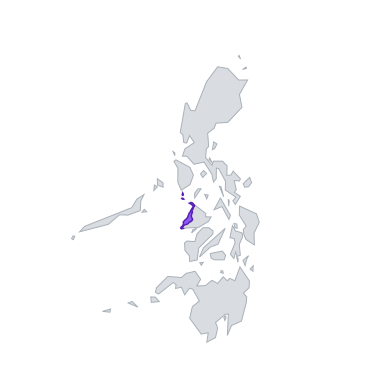 where Antique sits in Philippines, rotated 22°
{"feature_id": "PHL-2526", "entity_name": "Antique", "entity_type": "Province", "adm_level": 1, "iso_a3": "PHL", "parent_name": "Philippines", "parent_adm1": "", "projection": "mercator", "projection_center": [121.948, 11.272], "detail": "fine", "context": "in_parent", "style": "filled", "palette": "violet", "viewbox_px": 384, "rotation_deg": 22, "n_neighbors": 0, "source": "natural_earth", "source_scale": "10m", "svg_char_len": 5613}
<svg xmlns="http://www.w3.org/2000/svg" viewBox="0 0 384 384"><g transform="rotate(22 192 192)"><path d="M178.8,64.1L193.4,70.7L201.6,67.3L199.4,83.7L206.6,94.8L199.1,114.0L188.5,119.2L188.7,124.5L184.5,131.6L190.4,143.5L189.1,146.7L191.8,155.0L200.6,159.8L200.3,155.4L208.7,152.0L214.7,154.6L218.0,163.5L221.8,161.7L222.3,157.2L232.0,161.7L231.8,164.0L226.8,165.6L232.1,173.2L231.4,176.4L238.4,177.9L236.8,187.3L233.2,184.8L234.6,180.3L222.1,177.7L219.2,169.7L208.1,160.3L205.6,160.7L209.5,170.6L208.2,174.7L203.8,168.1L192.0,159.7L183.5,165.5L173.7,160.7L169.7,162.4L169.3,154.6L175.6,145.4L168.6,140.6L168.7,148.6L165.8,149.2L162.1,142.4L158.8,141.2L152.7,112.6L153.9,111.2L160.3,116.8L164.4,115.6L164.2,84.3L168.9,66.3L178.8,64.1ZM264.5,243.5L278.6,253.0L280.8,259.4L277.6,266.5L282.0,268.7L283.8,274.3L286.2,293.2L278.6,301.0L278.5,311.7L271.4,291.5L268.7,292.9L262.7,304.2L266.8,308.6L268.3,318.2L262.0,325.7L259.8,316.5L253.8,320.3L237.1,309.9L235.3,298.2L239.7,290.3L229.1,281.9L225.7,282.1L223.7,290.0L217.9,284.2L212.9,287.6L211.9,283.8L208.5,283.0L199.2,299.1L195.7,298.7L194.9,294.2L201.2,279.4L214.3,275.2L217.0,269.7L224.5,264.4L232.7,269.7L231.7,277.3L239.5,273.8L243.6,266.4L250.0,267.2L252.7,259.0L258.0,261.1L259.3,258.0L265.0,258.2L264.5,243.5ZM222.3,253.1L215.9,257.3L213.4,252.1L207.4,248.9L204.2,242.1L205.6,239.4L213.2,236.9L212.4,228.6L215.7,220.9L221.0,218.8L226.0,220.2L227.1,223.1L219.2,241.3L222.3,253.1ZM259.9,188.1L265.7,194.8L264.9,206.8L269.6,217.7L259.8,215.8L255.9,211.9L253.6,207.5L255.1,203.4L244.4,195.6L241.4,187.2L259.9,188.1ZM194.8,201.6L212.8,206.8L213.9,209.9L219.1,208.0L218.4,212.9L211.5,222.2L195.5,229.8L198.4,205.8L194.8,201.6ZM126.5,253.4L102.7,271.0L105.2,264.2L142.0,229.1L143.6,219.2L148.4,212.4L147.9,219.6L151.0,228.6L141.3,237.4L133.3,240.3L126.5,253.4ZM165.1,168.2L180.8,169.9L187.0,175.9L187.4,185.9L181.4,194.3L175.3,188.4L170.0,175.2L163.8,170.3L165.1,168.2ZM246.9,211.8L253.8,211.2L255.7,214.4L255.5,223.0L260.5,232.5L258.0,234.8L255.0,231.3L255.7,238.0L250.9,235.3L251.0,223.0L248.6,219.4L244.3,220.2L242.1,208.0L246.9,211.8ZM223.3,249.6L223.6,239.3L236.4,213.2L235.7,230.6L229.7,236.1L223.3,249.6ZM247.3,242.8L238.0,246.6L234.4,246.1L232.0,242.2L242.2,235.4L246.9,238.1L247.3,242.8ZM220.6,187.0L236.4,199.3L236.5,203.6L225.3,194.3L219.1,200.2L220.6,187.0ZM242.5,165.8L239.1,167.9L236.4,165.2L240.0,156.8L243.8,161.0L242.5,165.8ZM202.7,305.9L195.6,309.6L193.1,304.7L197.5,303.2L202.7,305.9ZM154.9,192.7L161.7,194.3L163.4,198.4L157.4,198.5L154.9,192.7ZM194.7,167.7L198.6,169.3L196.5,174.5L193.1,172.0L194.7,167.7ZM177.5,315.9L184.9,319.0L174.4,318.8L177.5,315.9ZM268.8,240.3L264.9,236.3L268.3,229.8L267.9,233.7L268.8,240.3ZM199.2,185.6L196.7,196.5L194.9,192.0L196.4,186.7L199.2,185.6ZM160.4,331.0L160.9,334.2L153.7,336.2L160.4,331.0ZM197.1,138.1L196.8,143.0L195.1,145.1L193.3,137.4L197.1,138.1ZM210.2,223.9L207.0,230.1L206.9,226.5L210.2,223.9ZM157.9,200.3L156.1,204.9L154.5,199.6L157.9,200.3ZM247.5,208.8L245.1,209.0L242.7,205.4L245.6,204.9L247.5,208.8ZM208.2,188.8L208.2,192.9L204.7,189.5L208.2,188.8ZM278.2,242.6L274.7,241.8L276.3,237.4L278.2,242.6ZM216.9,176.3L223.2,184.6L215.2,176.4L216.9,176.3ZM157.4,227.3L153.1,229.5L154.3,225.9L157.4,227.3ZM228.8,253.0L228.1,256.4L225.7,254.7L228.8,253.0ZM229.9,186.4L231.3,191.3L228.2,185.1L229.9,186.4ZM99.9,280.6L97.8,280.4L98.2,277.3L99.9,276.9L99.9,280.6ZM251.4,255.7L248.7,255.9L248.4,254.0L250.1,253.7L251.4,255.7ZM270.6,298.8L268.6,296.6L269.2,294.4L270.6,295.5L270.6,298.8ZM161.3,162.0L162.5,164.8L159.2,161.6L161.3,162.0ZM259.7,236.3L260.9,240.0L257.8,235.5L259.7,236.3ZM196.2,57.0L193.0,59.4L195.3,55.9L196.2,57.0ZM199.8,157.4L195.5,155.3L195.6,153.8L199.8,157.4ZM184.5,47.8L187.2,50.5L184.1,48.7L184.5,47.8Z" fill="#d9dde1" stroke="#a8b0b8" stroke-width="1"/><path d="M197.1,229.4L196.7,229.7L196.1,230.0L195.4,230.0L195.0,229.3L195.1,228.5L195.9,227.0L196.1,226.2L196.1,225.7L196.0,224.5L195.8,224.2L195.3,223.6L195.2,223.2L195.2,222.8L195.5,222.2L195.6,221.6L196.0,220.6L197.3,218.3L197.4,217.4L197.4,214.0L197.4,213.6L197.3,213.1L197.2,212.7L197.4,212.3L197.6,211.9L197.7,211.5L197.8,209.1L198.0,208.9L198.5,205.5L198.4,204.8L198.1,204.2L197.6,204.0L197.0,204.0L196.2,203.8L195.6,203.6L195.2,203.5L194.8,203.4L194.1,203.5L193.7,203.4L194.2,203.0L195.0,202.4L195.5,202.1L196.0,202.0L196.6,202.1L197.1,202.2L197.9,202.8L198.9,203.2L199.3,203.6L199.6,204.1L199.6,204.5L199.4,204.8L199.2,205.3L199.1,205.6L199.1,206.0L199.2,206.3L199.3,206.7L199.2,206.8L199.1,207.0L199.1,207.4L199.1,207.5L199.3,207.8L199.3,208.0L199.1,208.1L198.9,208.9L198.8,209.0L199.0,209.3L199.4,209.7L199.5,210.1L199.8,210.3L199.7,210.4L199.7,210.5L199.7,210.8L199.8,210.8L200.0,211.0L200.0,211.6L199.9,211.7L199.9,211.9L199.8,212.0L199.9,212.3L200.1,212.6L200.1,213.1L200.1,213.7L200.2,214.1L200.3,214.6L200.5,214.9L200.7,215.2L201.1,215.5L202.2,216.5L202.7,217.1L202.9,217.6L202.6,218.7L202.5,218.8L202.2,219.0L202.0,219.3L202.1,219.7L202.0,219.9L201.9,220.1L201.4,220.4L201.2,220.6L200.9,221.0L200.5,222.0L200.1,222.9L199.9,223.3L199.6,223.6L199.3,223.9L198.8,224.3L197.9,224.9L197.5,225.3L197.1,225.9L196.9,226.5L196.7,227.9L196.5,228.8L196.6,229.2L197.0,229.4L197.1,229.4ZM184.8,197.4L184.9,197.7L185.0,198.1L184.9,198.4L184.7,198.6L184.3,198.6L184.1,198.4L183.9,198.1L183.9,197.8L183.9,197.6L184.0,197.2L183.9,197.0L183.8,196.9L183.9,196.6L183.8,196.4L184.0,196.5L184.8,197.4ZM186.1,201.3L186.8,201.6L187.1,201.7L186.9,201.9L186.5,202.1L186.1,202.1L185.7,202.0L185.5,201.9L185.4,201.9L185.2,201.8L184.9,201.9L184.9,201.7L185.1,201.4L185.5,201.3L186.1,201.3Z" fill="#8b5cf6" stroke="#5b21b6" stroke-width="1.5"/></g></svg>